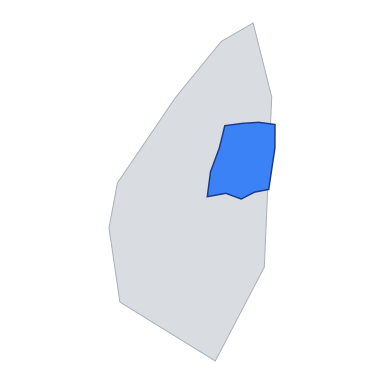 Dennery on a map of Saint Lucia (Mercator projection)
{"feature_id": "LCA-5080", "entity_name": "Dennery", "entity_type": "Quarter", "adm_level": 1, "iso_a3": "LCA", "parent_name": "Saint Lucia", "parent_adm1": "", "projection": "mercator", "projection_center": [-60.918, 13.94], "detail": "fine", "context": "in_parent", "style": "filled", "palette": "blue", "viewbox_px": 384, "rotation_deg": 0, "n_neighbors": 0, "source": "natural_earth", "source_scale": "10m", "svg_char_len": 466}
<svg xmlns="http://www.w3.org/2000/svg" viewBox="0 0 384 384"><path d="M264.3,267.1L215.3,361.0L119.9,302.1L109.0,227.9L117.4,183.0L175.7,97.2L221.2,41.5L253.1,23.0L271.7,97.0L264.3,267.1Z" fill="#d9dde1" stroke="#a8b0b8" stroke-width="1"/><path d="M275.0,124.5L274.9,148.1L268.7,189.4L254.3,192.2L241.2,199.0L225.9,193.3L207.3,196.7L210.5,171.9L219.3,148.2L224.8,125.7L242.3,123.4L258.7,122.3L275.0,124.5Z" fill="#3b82f6" stroke="#1e3a8a" stroke-width="1.5"/></svg>